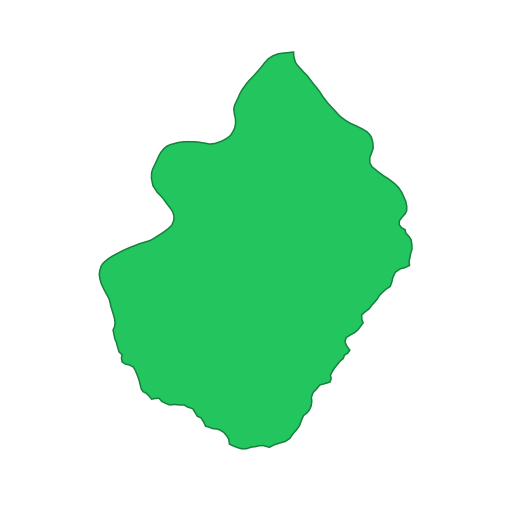 Cristais, Minas Gerais, Brazil, rotated 73°
{"feature_id": "56859067B19723843518718", "entity_name": "Cristais", "entity_type": "district", "adm_level": 2, "iso_a3": "BRA", "parent_name": "Brazil", "parent_adm1": "Minas Gerais", "projection": "robinson", "projection_center": [-45.56, -20.812], "detail": "fine", "context": "isolated", "style": "filled", "palette": "green", "viewbox_px": 512, "rotation_deg": 73, "n_neighbors": 0, "source": "geoboundaries", "source_scale": "gbopen_adm2", "svg_char_len": 3226}
<svg xmlns="http://www.w3.org/2000/svg" viewBox="0 0 512 512"><g transform="rotate(73 256 256)"><path d="M404.0,354.0L405.9,351.0L408.3,348.1L409.8,344.4L411.8,341.4L415.4,338.3L419.1,336.7L423.0,335.6L428.2,336.4L431.6,332.6L433.8,329.7L436.3,326.0L437.5,321.5L437.4,316.4L438.2,311.9L438.4,308.1L439.6,304.1L442.9,299.1L441.9,294.1L441.8,288.5L441.9,282.2L440.3,276.9L437.0,272.9L434.5,268.7L431.2,264.2L426.6,260.7L422.5,257.2L421.1,253.4L419.1,250.3L415.7,247.2L411.5,245.2L407.2,244.3L403.3,241.3L400.8,236.8L398.0,232.7L398.2,227.3L398.2,222.1L395.2,219.9L391.8,219.7L388.9,216.9L386.2,213.8L383.3,209.6L381.2,206.4L379.6,202.6L376.6,200.3L375.7,196.6L373.5,193.8L368.5,195.6L363.7,196.0L360.3,193.4L359.1,188.8L358.1,184.0L356.3,179.9L353.5,176.2L351.3,173.1L347.6,173.3L343.3,172.2L341.4,168.2L339.6,163.2L336.7,159.3L334.4,155.3L332.5,152.4L329.8,149.5L327.8,145.7L325.8,141.5L324.3,136.5L320.7,133.8L316.1,131.1L312.2,127.4L310.5,121.9L310.7,117.0L309.9,111.9L306.1,111.3L302.4,109.2L298.5,107.2L295.3,104.9L290.2,103.5L285.7,102.9L281.8,104.1L277.9,106.0L274.4,105.7L271.5,108.6L267.7,109.9L264.1,108.4L261.4,104.7L259.1,100.8L256.6,98.6L252.5,97.3L247.4,96.8L242.6,97.4L237.7,98.0L232.4,99.6L227.7,102.0L223.8,104.7L220.2,107.4L217.5,109.8L214.3,112.3L210.7,114.9L207.2,117.2L204.5,119.0L200.4,119.9L195.3,118.5L191.6,115.6L187.2,112.4L181.8,111.1L176.1,110.9L173.0,111.8L169.7,113.5L165.5,117.2L161.6,121.4L158.9,124.4L156.2,127.4L153.0,130.3L150.1,132.5L147.6,134.4L144.5,136.0L140.0,138.1L134.9,140.7L130.3,142.8L126.0,144.4L122.5,145.7L117.4,147.1L112.5,148.9L108.3,150.7L103.1,152.6L98.6,154.3L94.4,156.5L89.5,158.8L85.3,160.8L82.0,161.7L75.8,161.4L71.9,160.4L71.1,164.9L69.9,170.6L69.1,175.9L69.5,181.4L71.0,186.6L73.8,191.3L76.8,195.6L79.3,199.5L83.0,205.5L85.7,210.5L88.3,214.6L90.6,217.6L93.0,220.8L96.2,224.1L99.5,226.9L102.5,229.6L105.9,232.6L109.0,234.3L114.0,235.2L118.4,235.5L122.5,236.5L127.1,238.8L130.3,241.7L133.3,245.2L134.8,249.0L136.1,255.0L136.4,262.1L135.4,267.7L133.5,271.1L131.5,275.2L129.4,279.7L127.8,284.5L126.5,288.6L125.4,292.8L124.7,297.5L124.6,301.4L124.4,305.1L124.9,309.2L126.5,312.9L129.0,316.6L131.8,319.6L135.3,322.7L139.0,326.0L142.0,328.8L145.4,331.3L151.0,333.3L158.6,334.0L162.8,332.8L166.4,331.8L170.4,329.6L174.7,327.7L178.2,326.6L182.0,325.2L185.7,323.8L189.6,322.7L194.0,322.8L198.0,324.3L202.0,327.6L204.3,332.3L206.3,337.9L208.0,344.0L209.4,348.9L210.2,352.8L210.2,357.9L210.2,363.1L210.6,369.2L211.1,375.5L211.8,381.0L212.5,385.0L213.3,389.4L214.2,393.8L215.2,397.4L216.6,400.9L218.2,404.4L220.5,407.1L224.5,409.8L227.9,411.3L232.3,412.0L237.5,412.0L243.3,411.2L248.8,410.1L253.4,409.1L257.0,409.1L261.6,409.5L266.2,409.5L271.1,409.5L275.0,409.7L278.5,410.3L281.8,411.6L284.9,414.3L289.3,414.8L293.9,415.2L298.1,414.8L302.3,415.0L307.7,415.0L311.2,413.0L314.4,414.6L318.1,415.0L321.0,412.7L323.1,409.1L325.9,406.1L328.9,405.0L334.7,404.4L340.3,404.1L344.9,404.4L349.6,404.6L352.7,403.7L355.2,401.1L358.6,399.2L362.4,397.7L362.8,394.0L363.7,390.3L367.6,388.6L370.8,385.1L373.2,382.1L374.2,377.1L376.2,372.5L377.4,368.4L380.5,365.5L383.5,361.2L388.7,359.8L392.1,359.0L394.7,355.9L399.9,354.5L404.0,354.0Z" fill="#22c55e" stroke="#15803d" stroke-width="1.5"/></g></svg>